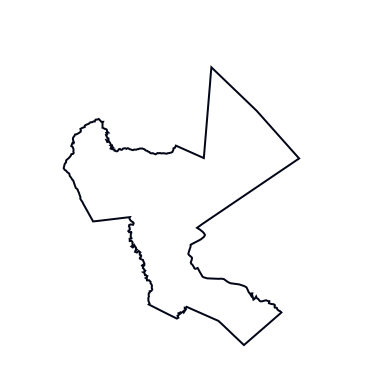 the district of Gilbués, Piauí, Brazil, rotated 24°
{"feature_id": "56859067B46664725205150", "entity_name": "Gilbués", "entity_type": "district", "adm_level": 2, "iso_a3": "BRA", "parent_name": "Brazil", "parent_adm1": "Piauí", "projection": "orthographic", "projection_center": [-45.496, -9.578], "detail": "fine", "context": "isolated", "style": "outline", "palette": "ink", "viewbox_px": 384, "rotation_deg": 24, "n_neighbors": 0, "source": "geoboundaries", "source_scale": "gbopen_adm2", "svg_char_len": 4432}
<svg xmlns="http://www.w3.org/2000/svg" viewBox="0 0 384 384"><g transform="rotate(24 192 192)"><path d="M65.1,222.5L66.8,223.6L68.2,223.7L69.4,224.4L70.4,224.7L72.3,225.1L73.9,227.1L76.4,228.5L77.4,229.3L78.8,229.8L84.1,235.5L86.4,236.2L87.5,237.4L89.1,238.8L90.3,240.2L92.2,242.1L92.5,243.2L93.2,244.0L96.1,245.8L97.2,246.8L113.6,259.1L116.1,257.7L145.5,240.2L145.4,241.4L146.4,242.3L147.8,243.2L149.0,243.4L150.4,243.6L151.4,244.2L151.5,245.9L149.1,246.6L148.1,247.7L148.3,249.0L149.2,249.5L150.5,251.6L149.7,253.6L150.9,254.3L152.7,253.3L153.2,254.0L153.2,255.2L154.0,257.4L155.5,258.9L154.0,260.0L155.1,262.1L156.5,261.2L158.2,262.1L158.5,263.3L159.6,264.9L158.8,266.4L160.5,266.7L161.1,265.4L161.0,264.1L163.6,265.8L163.9,266.7L165.0,267.0L164.2,268.3L164.3,269.8L166.3,269.7L166.8,268.5L167.3,267.6L169.4,268.2L169.1,269.3L169.9,270.6L171.3,270.6L171.8,271.8L171.2,272.9L171.4,274.0L172.2,274.1L174.1,274.1L175.0,274.1L175.8,275.2L176.9,276.0L177.8,277.0L178.2,278.1L177.9,279.6L176.8,278.5L176.2,279.5L177.2,280.1L177.8,280.6L178.1,281.5L179.1,281.7L180.2,282.7L181.3,282.8L181.1,284.4L180.2,285.1L181.5,285.3L182.8,287.0L183.7,286.6L184.4,287.1L185.4,287.0L185.5,288.6L184.8,289.4L186.1,289.7L186.8,291.0L187.7,290.7L188.5,290.1L189.6,290.5L190.6,290.8L191.3,292.3L192.7,293.0L193.4,293.7L193.8,294.7L194.3,296.1L195.3,297.0L195.3,298.0L194.8,299.3L193.7,299.9L194.3,301.0L193.7,302.1L194.4,303.9L195.1,305.0L195.4,307.2L196.0,308.0L196.4,309.2L197.4,310.0L198.6,311.2L198.2,312.3L213.5,313.1L229.6,313.8L230.2,313.1L230.7,312.4L229.8,311.5L229.1,311.0L229.7,309.8L230.2,309.0L229.0,308.3L230.5,306.6L231.2,307.1L232.0,305.8L232.7,304.4L233.5,305.2L233.7,304.1L234.1,301.9L233.0,301.8L232.4,300.6L233.7,300.1L233.8,299.1L268.6,299.0L275.9,301.5L286.7,305.4L301.7,310.7L322.7,265.7L321.3,265.1L319.9,265.1L318.7,264.9L317.5,264.4L316.9,263.5L316.0,263.4L314.6,263.9L314.0,263.1L313.8,261.7L312.4,261.3L310.2,262.0L307.5,262.3L307.0,260.3L305.9,260.7L303.7,260.8L302.1,262.0L300.8,263.1L299.3,264.0L298.2,263.9L297.1,263.4L296.1,262.8L294.8,262.7L294.0,262.3L293.1,261.4L292.9,262.8L292.6,264.2L291.9,265.3L289.6,262.5L289.1,263.3L287.5,262.2L288.6,261.2L288.3,260.1L286.9,261.0L285.8,261.1L284.2,260.2L283.1,259.1L280.5,256.9L277.9,256.7L272.8,257.2L264.2,259.7L261.1,259.6L256.6,258.6L254.2,259.2L251.6,260.5L241.0,264.7L237.1,265.2L236.0,265.0L231.3,261.6L228.1,259.1L227.2,260.1L226.1,260.9L225.2,260.7L224.1,259.7L221.8,258.2L220.4,257.8L219.6,257.0L219.3,254.1L219.0,252.5L218.3,251.8L216.6,251.3L214.9,250.8L213.8,250.0L213.4,247.5L212.9,242.4L212.2,240.7L214.2,238.2L218.1,233.3L219.5,231.4L221.2,228.0L221.3,226.0L219.9,224.9L217.9,224.0L214.8,223.2L211.2,222.7L214.3,217.3L233.0,187.2L276.2,117.8L218.0,91.5L164.2,72.1L159.0,70.2L161.9,78.7L164.2,85.1L189.0,156.2L173.0,156.2L164.2,156.2L158.4,156.2L158.4,157.9L158.3,158.8L157.3,159.6L157.8,160.8L157.8,163.4L157.1,164.3L155.6,165.5L154.0,166.5L153.3,167.3L152.3,167.6L150.3,168.1L148.1,169.3L146.8,169.4L146.0,170.1L144.7,170.4L143.5,172.3L141.7,172.5L140.3,172.5L139.2,173.2L138.1,173.4L136.9,172.8L135.6,173.0L134.4,172.6L133.1,172.9L132.1,172.7L131.4,172.3L130.2,172.4L128.8,172.5L127.7,173.1L126.8,173.4L126.0,174.1L125.5,174.8L124.7,175.1L123.7,176.1L122.0,176.7L121.0,177.8L119.8,178.0L118.8,178.0L117.5,178.3L116.4,178.0L115.3,178.2L114.6,179.3L113.1,179.2L112.4,179.7L111.3,180.4L111.1,181.4L110.6,182.1L109.5,182.3L108.6,182.0L107.8,182.7L107.5,184.6L106.9,185.4L105.8,185.6L104.3,185.7L103.9,184.7L101.8,185.3L100.0,185.4L100.0,184.5L101.4,183.5L99.5,182.9L100.5,182.5L99.9,181.8L98.7,182.1L97.6,180.8L95.9,179.7L94.3,180.8L92.8,179.5L95.0,179.2L93.8,177.0L92.9,177.2L91.7,176.2L90.2,174.9L91.0,174.0L89.7,172.8L91.4,171.8L89.9,171.2L88.7,169.7L87.5,169.5L86.4,169.9L85.3,169.6L84.1,169.7L83.4,168.1L82.2,165.4L82.2,164.1L80.8,164.8L78.8,163.9L78.0,163.6L77.1,163.2L76.0,164.4L74.8,164.8L74.4,165.6L74.5,167.1L73.4,167.5L72.5,168.8L70.8,169.7L69.9,171.7L68.3,173.3L67.4,174.4L67.1,175.2L67.6,176.3L66.5,177.3L65.8,177.9L64.4,179.8L65.4,180.9L65.8,182.1L64.8,183.9L64.0,185.0L63.0,186.3L61.8,187.0L61.8,188.6L61.3,190.5L61.4,191.4L62.0,192.6L63.0,193.9L64.0,194.7L64.0,195.7L62.9,195.7L62.9,197.7L63.1,199.2L64.5,199.3L66.1,200.8L66.7,201.8L67.1,203.2L68.0,204.3L67.7,205.7L66.4,206.5L66.5,207.9L66.1,209.7L65.6,211.2L64.6,213.3L64.2,214.2L64.4,215.1L64.9,216.1L64.5,217.1L64.3,218.3L65.1,222.5Z" fill="none" stroke="#020617" stroke-width="2"/></g></svg>